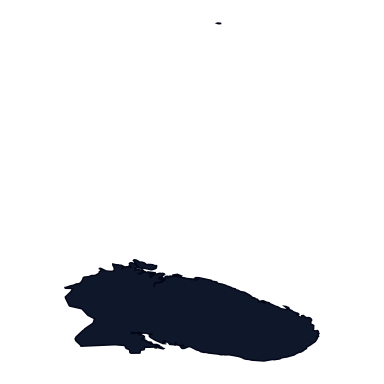 map outline of Murmansk (Robinson projection)
{"feature_id": "RUS-2333", "entity_name": "Murmansk", "entity_type": "Region", "adm_level": 1, "iso_a3": "RUS", "parent_name": "Russia", "parent_adm1": "", "projection": "robinson", "projection_center": [34.347, 73.115], "detail": "fine", "context": "isolated", "style": "filled", "palette": "ink", "viewbox_px": 384, "rotation_deg": 0, "n_neighbors": 0, "source": "natural_earth", "source_scale": "10m", "svg_char_len": 6088}
<svg xmlns="http://www.w3.org/2000/svg" viewBox="0 0 384 384"><path d="M65.6,288.3L65.1,288.0L65.0,287.5L65.9,287.4L71.0,285.7L73.3,285.3L76.1,284.0L78.9,283.7L80.0,283.1L81.3,281.9L82.6,279.7L83.3,277.7L84.2,277.1L88.6,276.7L91.4,275.6L95.2,275.4L98.7,273.5L99.0,273.2L99.3,271.8L100.4,271.2L100.9,270.4L100.5,269.1L98.8,268.5L100.9,268.4L106.2,271.0L110.9,271.4L112.8,271.2L113.7,270.8L114.2,269.9L114.3,267.5L113.5,266.7L113.4,265.8L112.8,265.1L112.8,264.0L116.4,264.8L118.3,264.8L119.9,265.3L121.2,265.2L123.6,266.4L123.4,267.1L122.8,267.5L122.6,268.1L121.4,269.0L122.5,268.7L124.9,266.8L125.7,267.1L126.4,266.7L131.3,267.1L131.0,266.7L129.2,265.8L129.7,265.0L129.4,263.5L130.3,262.8L132.1,262.8L134.3,263.8L135.5,264.7L136.0,264.8L136.9,264.4L136.7,263.8L134.6,262.3L134.7,261.6L133.4,260.7L133.9,259.9L134.3,259.8L136.1,260.0L140.1,262.2L141.9,262.1L144.3,262.9L145.0,263.4L144.6,263.7L145.0,264.1L146.9,264.6L148.9,264.4L152.6,264.7L155.0,265.7L156.4,265.6L156.7,266.0L156.2,267.4L156.4,267.8L156.1,268.1L154.8,268.9L151.6,269.8L143.3,268.1L142.0,268.3L138.1,267.9L138.0,267.6L138.4,266.7L138.3,266.0L137.8,265.5L137.1,265.4L137.2,266.6L136.8,267.5L136.0,267.8L134.3,268.0L136.0,268.4L136.1,268.9L135.2,269.9L135.2,270.3L136.3,269.6L137.4,269.4L140.4,270.0L142.5,269.8L143.2,270.3L142.4,271.0L144.5,271.5L144.1,271.9L142.9,271.9L141.8,272.8L138.5,273.6L139.3,274.0L140.3,273.7L142.9,272.9L143.5,272.1L144.9,272.2L145.1,271.7L146.4,272.4L148.0,271.9L152.1,272.4L150.0,273.4L149.6,274.2L152.0,272.9L155.7,272.6L151.3,275.4L150.2,277.0L150.6,277.1L152.0,276.7L153.1,275.1L153.8,274.7L160.1,273.2L161.0,273.6L162.6,273.3L164.1,273.8L163.7,274.4L162.0,275.2L163.6,275.1L161.2,276.9L159.0,277.4L158.5,277.9L159.8,277.5L162.6,277.4L163.1,277.9L160.0,278.6L159.7,279.0L161.8,278.9L161.8,279.5L163.8,279.0L164.4,279.5L163.8,280.1L160.1,281.8L155.1,282.7L154.4,283.4L154.2,283.9L154.1,285.5L154.3,286.0L155.1,283.4L156.1,282.9L158.3,282.9L162.2,282.2L162.7,281.2L164.8,280.2L165.1,279.7L164.8,278.6L165.1,278.2L164.8,277.9L165.0,277.0L165.9,276.4L167.9,276.2L168.2,276.5L167.9,277.0L169.0,276.7L170.8,276.8L170.4,276.1L181.3,276.8L181.2,277.3L181.9,277.5L184.9,277.9L186.0,278.4L192.2,279.0L191.7,279.8L192.0,279.9L193.1,279.1L194.2,279.0L195.2,279.3L195.3,279.9L195.8,280.2L197.6,279.3L197.3,278.8L195.4,277.9L196.0,277.6L198.9,277.7L211.2,280.3L212.9,281.6L213.7,281.4L216.7,282.0L217.1,282.3L217.0,282.8L217.9,283.4L221.9,284.1L226.0,285.4L226.7,286.0L228.2,286.3L231.5,287.6L232.1,288.1L235.4,288.9L236.0,289.8L238.2,290.3L240.2,291.5L244.6,292.3L249.8,295.2L251.7,296.7L252.2,297.5L254.4,297.9L255.0,298.2L255.2,298.8L257.4,299.3L257.8,299.9L258.6,300.4L258.6,301.8L259.3,302.0L259.7,301.4L265.1,303.2L266.0,303.2L261.0,301.3L261.0,301.0L261.5,300.9L262.5,301.4L263.0,301.3L262.7,300.8L263.5,300.8L266.5,302.2L269.1,302.7L269.7,303.3L269.3,303.6L269.7,303.8L271.3,304.2L275.7,306.3L277.7,306.8L281.0,308.7L285.3,309.5L287.6,309.5L287.7,309.2L286.3,307.6L284.6,306.3L286.2,306.5L287.8,307.4L288.6,307.5L289.3,309.0L290.5,310.2L291.6,310.4L293.4,311.8L296.3,312.9L296.5,313.2L297.5,313.1L298.6,313.9L298.8,314.2L298.5,314.5L296.9,314.7L298.2,315.9L299.9,316.9L300.6,317.2L301.3,317.0L301.8,316.3L301.7,315.7L303.5,315.5L303.8,315.6L304.1,316.4L306.5,317.7L308.9,317.6L309.7,317.8L310.8,318.5L311.6,319.7L311.6,320.5L310.4,322.0L310.9,322.7L310.8,324.5L312.5,324.7L313.8,325.6L313.6,326.6L313.6,328.6L313.2,330.0L313.9,330.5L315.9,331.0L317.2,330.5L317.8,330.8L318.3,331.3L317.8,332.4L319.0,333.3L318.9,333.7L318.1,334.3L318.2,335.3L318.6,336.2L318.0,336.6L317.0,336.5L316.8,336.8L317.5,337.5L317.6,337.8L315.3,341.5L310.3,345.0L307.0,346.9L306.5,347.7L306.5,348.4L306.3,348.7L304.3,349.6L303.6,350.6L302.5,351.0L301.3,351.9L298.6,352.5L295.7,353.9L294.3,354.9L286.8,357.0L282.0,357.7L279.7,358.9L274.1,359.7L272.3,359.5L264.0,361.0L251.4,360.1L249.3,359.5L246.0,359.2L243.8,358.6L241.6,357.4L238.3,356.4L230.5,355.0L227.8,354.7L225.5,354.9L223.3,354.6L221.0,354.8L218.3,354.1L208.3,353.0L206.3,352.4L204.0,352.4L200.5,351.6L199.2,350.6L196.5,349.9L190.7,346.9L189.0,346.5L184.3,348.4L182.6,348.5L181.7,348.2L180.1,346.1L180.8,345.7L183.0,345.9L183.5,345.6L183.4,345.4L182.8,345.4L182.9,345.5L182.4,345.7L177.3,345.0L176.5,344.6L175.6,345.1L174.9,345.0L175.7,344.3L176.2,343.4L176.1,342.7L175.8,342.4L175.2,343.6L174.4,344.2L172.0,344.7L170.8,343.9L170.5,343.9L170.2,344.5L169.7,344.4L168.4,342.6L166.5,341.6L166.0,341.7L165.0,340.9L164.9,341.2L165.2,342.0L163.6,340.9L163.5,341.7L165.6,343.1L163.6,342.2L164.6,343.2L162.9,342.5L164.3,343.6L162.8,343.5L155.2,340.2L150.2,337.2L149.4,336.3L149.4,335.3L149.7,334.9L152.7,334.2L151.9,334.0L148.8,334.1L146.1,333.1L142.6,333.1L141.2,332.4L135.1,332.9L131.8,332.2L130.7,332.6L132.2,332.6L131.9,333.3L135.4,333.4L137.6,333.1L138.8,333.3L140.6,334.7L139.3,334.5L139.8,335.0L141.8,335.1L143.5,335.8L144.4,336.5L144.4,337.2L143.5,337.9L141.3,337.7L143.3,338.3L142.9,338.4L142.9,338.9L141.8,339.5L144.3,339.6L146.8,341.0L146.6,341.5L147.4,341.8L151.1,342.2L151.9,343.2L148.7,343.2L152.7,344.5L156.8,344.5L159.3,345.5L159.6,345.7L159.5,346.1L156.3,345.5L155.6,345.6L155.0,346.6L153.9,347.1L152.0,346.8L150.5,346.9L150.9,347.2L145.1,347.3L144.6,347.6L144.3,349.2L144.0,349.7L140.5,350.3L140.0,352.9L139.7,353.1L131.2,353.2L130.4,352.9L129.9,352.4L129.6,350.4L129.3,349.6L126.4,348.5L125.5,347.5L125.1,345.9L124.5,345.5L115.0,344.7L81.0,346.2L80.2,344.8L75.8,340.7L75.1,338.9L76.2,336.8L83.0,330.5L84.2,329.7L84.8,328.8L92.8,323.4L93.7,321.8L94.2,319.4L94.8,318.8L87.9,315.3L81.9,308.8L69.6,306.0L69.1,305.4L65.5,298.0L65.3,297.0L70.7,291.9L72.5,289.1L71.1,288.4L65.6,288.3ZM172.9,275.0L177.4,274.3L181.1,275.8L180.6,276.0L173.8,275.7L172.8,275.3L172.9,275.0ZM154.1,347.5L155.3,347.5L155.0,347.3L155.3,347.0L157.3,346.9L157.6,346.8L157.5,346.5L158.3,346.4L161.6,347.1L162.5,348.0L163.8,348.5L163.1,348.9L157.0,347.4L156.2,347.7L156.9,348.0L156.5,348.0L154.1,347.5ZM217.0,23.3L217.9,23.0L221.2,23.4L220.1,23.7L217.8,23.6L217.0,23.3ZM140.6,333.0L141.6,333.4L141.4,334.0L140.3,333.3L140.6,333.0Z" fill="#0f172a" stroke="#020617" stroke-width="1.5"/></svg>